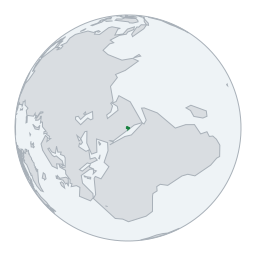 globe centered on Al Bahah, rotated 265°
{"feature_id": "SAU-885", "entity_name": "Al Bahah", "entity_type": "Region", "adm_level": 1, "iso_a3": "SAU", "parent_name": "Saudi Arabia", "parent_adm1": "", "projection": "orthographic", "projection_center": [41.371, 20.064], "detail": "fine", "context": "on_globe", "style": "filled", "palette": "green", "viewbox_px": 256, "rotation_deg": 265, "n_neighbors": 0, "source": "natural_earth", "source_scale": "10m", "svg_char_len": 10078}
<svg xmlns="http://www.w3.org/2000/svg" viewBox="0 0 256 256"><g transform="rotate(265 128 128)"><circle cx="128" cy="128" r="113" fill="#eef3f6" stroke="#a8b0b8"/><path d="M147.1,17.0L147.6,17.1L139.1,16.0L130.4,15.4L138.8,15.9L147.1,17.0ZM123.6,15.4L121.1,15.6L106.5,17.4L107.2,17.3L102.1,18.4L101.0,18.8L98.6,19.4L99.8,19.3L102.3,18.8L103.6,18.6L103.2,18.9L100.0,19.5L99.8,19.5L98.6,19.9L97.2,20.1L97.7,20.1L93.9,21.1L97.0,20.7L93.5,21.9L91.2,22.4L92.3,21.6L90.2,21.9L98.4,19.3L106.7,17.4L115.1,16.1L123.6,15.4ZM72.3,30.1L73.1,29.8L77.4,27.5L78.4,27.2L82.4,25.5L80.9,26.6L77.1,28.7L73.6,30.3L71.9,31.4L74.4,30.8L67.2,35.1L61.2,40.3L59.4,41.5L57.4,41.8L59.4,39.1L56.8,40.7L57.4,40.7L53.1,44.3L51.9,45.5L51.6,46.0L52.8,45.2L51.1,46.8L49.8,47.0L51.3,45.6L51.8,45.4L52.7,44.4L52.1,44.8L58.5,39.4L65.2,34.5L72.3,30.1ZM15.4,130.8L16.8,139.1L18.9,147.0L19.8,153.5L19.9,158.4L23.7,170.6L20.9,162.9L18.7,155.1L17.0,147.1L15.9,138.9L15.4,130.8ZM83.0,25.0L82.7,25.2L82.1,25.4L83.0,25.0ZM85.1,24.2L84.6,24.2L85.5,23.8L85.8,23.8L85.1,24.2ZM85.5,24.2L87.2,23.2L88.8,22.5L91.2,21.9L85.5,24.2ZM156.3,19.0L157.4,19.3L159.5,19.9L154.7,18.8L154.4,18.5L153.4,18.3L156.3,19.0ZM103.2,18.5L100.6,19.1L103.1,18.4L103.2,18.5ZM104.5,18.1L110.4,16.8L114.0,16.3L111.3,16.7L116.3,16.1L115.1,16.5L112.1,16.9L110.0,17.1L111.2,17.2L104.5,18.1ZM151.7,18.3L150.7,18.1L151.7,18.3ZM104.3,18.5L105.2,18.2L108.4,17.7L107.2,18.3L106.6,18.2L104.3,18.5ZM118.1,15.8L120.3,15.7L120.0,16.0L120.8,16.0L115.4,16.5L118.1,15.8ZM105.6,18.5L106.6,18.6L104.7,19.2L103.7,18.8L105.6,18.5ZM109.7,17.4L111.2,17.2L110.0,17.5L109.7,17.4ZM98.5,21.6L99.5,21.0L101.2,20.7L98.5,21.6ZM107.0,18.7L107.7,18.5L108.5,18.3L108.7,18.6L107.0,18.7ZM115.6,16.7L115.0,16.9L117.7,16.5L117.6,16.8L114.1,17.1L115.5,17.2L115.5,17.3L112.6,17.4L115.6,16.7ZM111.3,18.4L106.7,19.3L104.6,20.3L102.9,20.6L106.7,18.9L111.3,18.4ZM112.3,17.8L111.3,18.2L109.8,18.3L109.6,18.0L112.3,17.8ZM118.8,17.0L119.9,16.4L120.7,16.4L118.8,17.0ZM111.0,18.7L112.1,18.5L111.0,18.8L111.0,18.7ZM116.7,17.5L117.0,17.2L117.8,17.2L116.7,17.5ZM114.0,18.5L112.6,18.7L112.3,18.5L114.0,18.5ZM115.5,18.0L116.6,18.0L113.2,18.2L115.5,17.9L115.5,18.0ZM117.5,17.5L118.0,17.4L117.2,17.6L117.5,17.5ZM115.6,19.4L111.4,19.7L111.0,19.1L115.1,18.8L115.6,19.4ZM167.2,22.4L167.6,22.5L171.9,24.3L175.9,26.2L179.0,27.7L179.3,27.7L183.7,30.1L192.0,35.3L184.2,30.7L171.5,24.4L176.6,26.7L175.1,26.2L176.7,27.2L180.3,29.0L180.9,29.2L184.9,33.5L192.9,40.2L193.2,38.8L195.9,40.2L205.3,48.3L214.4,62.3L218.2,65.7L220.1,68.4L220.6,71.0L217.8,66.9L216.0,66.2L214.4,63.8L214.2,66.9L211.9,63.6L212.9,68.0L215.3,70.3L216.3,68.5L218.3,74.2L222.5,77.8L225.8,83.7L228.1,96.5L226.2,102.0L226.6,104.2L224.4,102.8L223.7,107.9L229.6,117.5L230.2,120.9L227.9,129.1L227.5,126.6L221.7,123.0L222.1,131.3L226.6,136.1L228.2,143.2L225.5,142.2L223.6,136.0L221.6,134.5L221.0,127.4L217.1,118.0L214.2,121.2L213.4,117.0L207.6,109.9L202.9,114.4L196.1,127.9L197.0,138.7L193.8,144.2L185.6,130.3L182.4,120.2L179.2,121.8L171.0,114.2L156.0,115.5L154.1,112.9L151.3,114.5L145.5,112.2L142.8,107.9L139.2,108.4L146.6,119.6L150.5,119.2L154.1,114.4L155.4,118.5L161.0,121.7L153.9,132.5L132.1,142.5L130.4,134.5L116.3,112.1L117.0,109.6L117.0,109.3L116.9,108.8L115.1,112.8L112.8,108.4L119.8,124.1L120.8,130.8L131.7,143.0L130.6,144.3L134.3,146.8L146.6,143.2L146.6,145.9L140.5,158.5L123.8,175.1L126.3,185.7L125.6,194.5L115.8,199.9L117.4,206.3L112.5,208.3L112.6,211.8L109.1,215.1L102.9,218.0L91.6,216.8L90.3,213.8L83.8,207.1L74.5,190.5L76.7,183.5L75.5,177.5L67.4,162.6L69.1,155.2L67.1,151.5L62.8,151.5L60.5,147.1L58.0,146.5L42.8,145.1L38.6,138.4L34.6,120.3L37.7,114.8L39.0,107.4L60.8,87.4L64.6,90.0L80.7,89.9L82.6,91.2L79.7,96.7L91.1,105.6L95.9,101.2L107.1,106.1L115.2,106.4L119.8,95.7L106.6,94.9L105.2,89.5L116.6,85.6L128.3,86.8L128.1,84.7L121.5,80.0L125.0,76.5L119.3,78.1L121.0,80.2L117.5,81.4L115.7,79.6L117.0,78.3L113.7,77.3L108.4,84.1L109.5,87.0L100.4,87.6L101.4,92.6L98.7,94.6L95.8,87.0L96.7,84.4L90.8,76.0L89.0,78.7L94.5,87.0L92.4,86.1L90.1,90.4L90.3,86.5L84.8,77.3L77.0,77.9L65.8,87.3L61.6,87.3L58.7,84.3L64.2,73.7L73.0,74.9L75.1,71.6L74.5,66.3L77.3,67.3L78.1,65.4L81.6,65.8L87.6,62.0L91.3,62.1L94.8,56.8L97.2,56.3L94.4,59.5L94.5,62.0L103.8,62.8L105.9,61.8L107.5,58.4L109.8,59.3L110.1,56.0L116.1,55.2L109.1,53.5L110.8,50.0L115.0,47.7L114.3,46.3L107.4,50.2L105.8,52.1L106.4,54.1L101.0,59.6L97.5,60.3L98.5,53.7L93.7,54.1L96.6,49.2L113.3,41.0L119.7,40.0L127.8,45.1L125.6,47.0L121.6,46.0L124.2,50.0L124.5,48.2L126.5,49.1L128.6,46.4L130.1,47.0L129.5,43.6L131.6,44.0L131.9,46.1L136.7,42.9L141.3,43.3L141.6,42.3L140.7,41.2L147.2,42.7L147.2,41.9L145.1,41.2L143.7,39.3L143.7,36.7L145.9,37.3L146.2,38.3L150.1,41.6L150.6,44.6L151.5,44.6L151.6,42.2L146.8,38.2L146.2,36.4L148.9,38.1L147.9,37.4L148.3,36.7L150.7,36.8L148.0,34.9L149.4,28.4L154.3,28.2L156.5,30.1L159.8,27.4L165.1,28.1L163.1,27.3L163.4,25.9L161.7,25.6L160.8,25.1L160.7,22.2L162.4,22.2L160.2,20.7L159.2,20.4L157.8,20.2L154.7,18.8L159.5,19.9L161.5,20.5L162.3,20.7L167.2,22.4ZM52.4,98.7L51.5,100.9L52.4,98.7ZM140.2,93.8L147.5,94.1L145.0,87.4L147.7,87.0L145.9,85.0L144.8,86.9L140.6,81.5L144.0,79.5L143.6,76.7L141.1,76.5L135.4,81.1L141.5,88.8L139.4,91.5L140.2,93.8ZM53.1,44.3L52.5,45.2L52.1,45.3L53.1,44.3ZM53.7,46.4L50.9,49.0L52.6,47.1L51.6,47.7L53.8,44.6L58.6,42.0L56.1,43.6L53.7,46.4ZM58.2,40.3L56.2,42.3L58.2,40.3L58.2,40.3ZM79.4,55.7L80.2,57.1L78.3,59.0L73.6,59.7L76.4,56.8L79.4,55.7ZM81.7,58.7L84.0,52.4L87.0,52.0L84.9,53.3L86.7,53.6L83.8,55.7L84.4,61.8L82.8,64.0L75.1,63.6L78.5,62.4L77.6,61.0L81.7,58.7ZM84.6,40.1L85.6,38.2L90.8,39.7L89.2,41.3L84.5,41.9L83.5,40.3L84.6,40.1ZM89.4,23.7L89.4,23.4L90.3,23.1L91.0,23.2L89.4,23.7ZM98.8,21.4L90.0,24.8L89.6,24.6L84.9,27.2L82.1,27.8L85.2,26.0L79.5,28.6L81.2,27.2L77.5,29.2L84.8,25.1L86.1,24.2L85.7,24.9L88.3,24.3L89.8,23.8L95.0,21.9L99.1,20.0L102.3,19.4L103.5,19.5L103.0,19.9L101.1,20.1L101.8,20.4L98.6,21.0L98.8,21.4ZM115.4,25.3L113.4,24.7L114.3,26.9L111.1,26.9L111.4,27.2L108.8,27.9L106.1,29.3L104.8,29.1L104.3,29.8L102.5,30.4L101.4,31.3L98.7,31.4L97.1,32.5L96.7,31.9L94.7,33.9L95.0,32.5L92.7,33.4L93.7,34.3L81.8,34.2L76.6,35.8L72.1,38.0L73.1,35.7L78.0,32.3L84.5,29.1L89.4,28.1L89.0,27.4L91.2,26.8L90.6,27.6L92.8,26.0L94.5,25.8L100.3,23.9L102.5,22.1L104.7,21.5L104.6,22.1L106.8,21.2L108.2,21.9L109.8,21.6L112.7,22.1L111.7,23.7L113.6,23.2L115.9,23.8L115.4,25.3ZM116.4,19.5L115.9,21.1L113.9,21.9L109.6,20.6L108.0,20.8L105.2,20.4L108.1,19.2L108.6,19.4L109.8,19.4L108.4,19.7L110.4,19.4L111.3,19.8L113.0,19.7L112.4,20.2L116.4,19.5ZM85.3,89.3L86.9,89.8L89.4,89.8L88.0,92.7L85.3,89.3ZM81.4,83.1L82.9,82.9L82.1,86.6L80.5,86.3L81.4,83.1ZM84.4,79.8L83.0,82.6L82.8,80.9L84.4,79.8ZM95.9,59.2L97.6,59.0L97.5,59.8L96.2,61.0L95.9,59.2ZM117.4,33.0L116.6,32.2L117.2,31.9L117.6,29.9L120.0,29.9L120.7,31.1L117.4,33.0ZM117.2,97.5L114.5,99.4L113.4,98.4L114.5,97.9L117.2,97.5ZM100.2,96.2L103.8,97.9L99.8,96.9L100.2,96.2ZM120.1,32.7L119.9,31.8L121.2,32.4L120.1,32.7ZM121.7,29.8L123.3,30.3L120.3,29.6L121.7,29.8ZM162.5,230.0L163.2,230.6L161.4,230.9L162.5,230.0ZM145.2,192.6L138.2,207.5L132.8,207.7L131.4,203.5L133.8,194.6L140.0,191.8L143.0,187.5L145.2,192.6ZM236.5,153.8L237.0,153.3L236.9,153.8L236.5,153.8ZM236.0,153.0L236.8,152.1L235.6,154.3L236.0,153.0ZM237.1,151.8L237.9,149.8L238.3,148.5L238.1,149.6L237.1,151.8ZM235.3,153.7L230.7,157.3L228.5,157.4L229.3,155.3L232.8,153.4L235.3,153.7ZM229.1,155.4L225.5,152.4L218.6,140.5L221.1,139.8L227.9,145.7L227.5,147.4L229.7,150.1L229.1,155.4ZM236.9,140.6L236.4,145.5L234.1,147.2L232.9,147.3L232.1,142.0L232.6,138.6L233.7,137.9L236.4,124.7L237.6,126.2L237.1,131.4L238.0,134.6L236.9,140.6ZM197.5,139.6L200.3,145.4L198.5,146.9L197.5,139.6ZM236.4,116.3L236.0,122.0L236.1,114.9L236.4,116.3ZM235.8,110.1L236.4,112.3L235.5,110.6L235.8,110.1ZM227.6,107.3L226.5,108.6L226.0,107.0L227.0,104.4L227.6,107.3ZM228.3,88.8L230.2,93.3L230.7,95.0L229.3,92.6L228.3,88.8ZM140.1,33.4L137.0,36.1L136.3,38.5L138.4,40.4L134.1,39.1L135.1,35.4L140.1,33.4ZM148.0,28.8L146.2,27.5L147.8,27.6L148.5,27.9L148.0,28.8ZM146.3,28.4L142.4,27.9L142.0,26.8L145.1,27.4L146.3,28.4ZM131.2,29.7L130.1,30.5L129.1,29.9L131.2,29.7ZM217.6,196.3L217.4,196.5L219.8,193.2L224.2,185.3L224.5,185.1L227.2,179.3L232.3,170.3L236.6,157.7L234.1,165.9L230.8,173.9L227.0,181.7L222.6,189.2L217.6,196.3ZM237.8,152.0L238.9,147.1L239.2,146.1L237.8,152.0ZM240.6,130.3L240.6,129.9L240.6,130.3ZM240.1,136.7L240.0,138.0L240.0,137.5L240.1,136.7ZM240.4,135.8L240.2,136.6L240.3,135.4L240.4,135.5L240.4,135.8ZM238.5,135.1L238.7,137.6L239.5,134.5L238.9,138.1L239.1,142.1L238.8,144.2L238.7,139.8L238.1,145.5L237.7,145.9L237.8,141.6L238.4,135.4L238.7,132.6L240.0,129.5L238.5,135.1ZM240.4,131.9L240.4,128.8L240.4,126.3L240.5,127.7L240.4,131.9ZM239.5,121.7L238.6,118.7L238.2,121.0L238.4,114.0L239.4,118.0L239.5,121.7ZM237.9,114.0L237.7,116.1L237.6,112.2L237.9,114.0ZM237.3,115.0L236.7,112.4L237.2,112.2L237.3,115.0ZM238.2,113.7L237.3,109.1L238.0,111.4L238.2,113.7ZM235.1,106.8L237.1,109.8L235.4,109.7L233.0,101.2L233.5,100.3L235.1,106.8ZM222.7,69.9L221.3,67.9L221.1,66.8L222.1,68.5L222.7,69.9ZM219.0,62.2L220.5,65.9L221.5,69.2L222.3,69.8L224.5,73.9L222.1,71.0L219.8,66.0L219.4,64.2L217.2,61.0L215.6,58.3L212.6,54.9L211.2,53.0L213.8,55.7L219.0,62.2ZM211.3,53.5L205.5,47.5L206.1,47.3L207.5,48.6L209.9,51.3L209.5,51.2L211.3,53.5ZM204.3,46.1L203.8,46.0L194.2,39.0L192.4,37.6L200.0,42.3L199.9,42.6L202.1,44.5L204.3,46.1ZM152.7,18.7L151.6,18.5L152.4,18.5L152.7,18.7ZM159.9,25.0L158.8,24.4L159.8,24.3L159.9,25.0ZM156.3,22.8L155.9,23.2L155.4,22.5L156.3,22.8ZM155.2,24.4L155.3,23.3L156.5,24.7L155.2,24.4Z" fill="#d9dde1" stroke="#a8b0b8" stroke-width="1"/><path d="M129.2,126.9L129.1,127.2L129.1,127.3L129.2,127.5L128.9,127.7L128.9,127.8L128.8,128.0L128.6,128.5L128.3,128.6L128.2,128.6L128.0,129.0L128.0,129.3L127.9,129.3L127.7,129.4L127.5,129.2L127.3,129.0L127.2,128.9L127.3,128.7L127.2,128.5L127.2,128.3L127.2,128.2L126.9,128.0L127.0,128.0L127.0,127.9L127.2,127.7L127.3,127.7L127.5,127.7L127.6,127.4L127.8,127.2L127.7,126.9L127.8,126.7L128.0,126.6L128.2,126.9L128.2,127.0L128.3,127.0L128.4,126.9L128.5,126.9L128.8,126.9L129.0,126.8L129.2,126.9Z" fill="#22c55e" stroke="#15803d" stroke-width="1.5"/></g></svg>